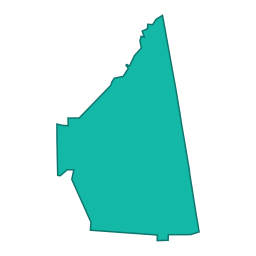 Cherokee, Alabama, United States of America (Mercator projection)
{"feature_id": "52423323B74850919464616", "entity_name": "Cherokee", "entity_type": "district", "adm_level": 2, "iso_a3": "USA", "parent_name": "United States of America", "parent_adm1": "Alabama", "projection": "mercator", "projection_center": [-85.586, 34.233], "detail": "fine", "context": "isolated", "style": "filled", "palette": "teal", "viewbox_px": 256, "rotation_deg": 0, "n_neighbors": 0, "source": "geoboundaries", "source_scale": "gbopen_adm2", "svg_char_len": 788}
<svg xmlns="http://www.w3.org/2000/svg" viewBox="0 0 256 256"><path d="M191.8,186.9L189.7,173.9L189.3,169.8L181.1,121.3L181.0,120.4L180.2,115.5L180.0,114.0L178.9,107.5L176.2,91.3L175.1,85.0L171.7,66.3L166.0,34.8L166.0,34.6L164.1,24.3L162.9,17.7L162.4,15.4L156.1,19.3L152.6,24.7L147.8,24.3L147.5,28.7L142.2,31.1L144.3,37.2L141.1,36.3L140.0,41.0L141.3,48.1L134.6,55.4L129.5,66.0L126.8,64.5L126.0,65.1L128.3,68.5L123.1,76.4L114.3,78.2L111.8,82.1L110.8,85.4L79.2,118.0L68.0,118.1L68.2,125.7L62.8,125.4L56.9,124.1L57.0,140.9L57.7,175.4L60.3,175.7L67.1,169.8L73.8,169.8L71.8,179.4L91.0,222.2L90.4,230.2L99.0,230.8L157.4,235.0L157.2,240.6L168.1,240.3L168.3,234.7L190.6,234.6L199.1,231.9L196.8,218.0L196.6,217.2L192.3,190.2L191.8,186.9Z" fill="#14b8a6" stroke="#0f766e" stroke-width="1.5"/></svg>